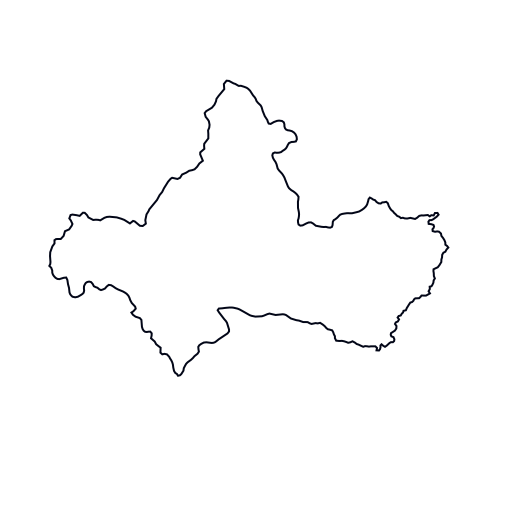 the district of São João do Paraíso, Minas Gerais, Brazil, rotated 317°
{"feature_id": "56859067B19392310685118", "entity_name": "São João do Paraíso", "entity_type": "district", "adm_level": 2, "iso_a3": "BRA", "parent_name": "Brazil", "parent_adm1": "Minas Gerais", "projection": "albers", "projection_center": [-41.967, -15.359], "detail": "fine", "context": "isolated", "style": "outline", "palette": "ink", "viewbox_px": 512, "rotation_deg": 317, "n_neighbors": 0, "source": "geoboundaries", "source_scale": "gbopen_adm2", "svg_char_len": 6147}
<svg xmlns="http://www.w3.org/2000/svg" viewBox="0 0 512 512"><g transform="rotate(317 256 256)"><path d="M98.1,122.3L98.2,125.0L97.1,127.6L95.6,129.3L94.8,131.1L94.5,133.0L94.5,135.2L95.1,137.3L96.4,138.8L100.5,140.8L102.5,142.3L101.7,144.9L99.3,148.4L97.5,151.8L94.8,155.4L94.1,157.0L93.9,158.6L94.0,160.6L95.6,162.9L97.9,164.3L101.3,165.1L103.2,165.4L104.9,165.3L106.7,164.1L108.0,162.4L109.6,160.8L111.5,160.0L113.2,159.6L114.8,159.9L116.5,160.9L117.6,162.6L117.5,165.1L116.8,167.5L117.5,169.4L118.4,171.1L118.7,173.6L119.4,175.2L121.0,176.0L123.3,176.8L126.0,176.5L128.6,176.7L130.1,178.5L130.8,180.9L131.4,183.8L132.3,186.4L134.5,191.2L135.1,193.1L135.6,195.3L135.6,197.9L135.0,200.1L133.9,202.6L133.1,205.6L133.1,210.6L132.1,212.5L128.6,212.8L126.3,212.4L125.9,215.0L126.5,218.2L128.7,222.2L128.6,224.6L124.3,230.0L123.3,232.0L122.9,234.1L123.2,235.8L124.3,237.1L125.7,238.0L127.1,239.2L127.0,241.4L125.4,243.0L123.1,244.6L123.6,249.5L122.8,252.4L123.2,255.3L123.7,258.0L120.2,261.5L120.4,264.0L122.3,265.1L123.8,267.2L123.8,270.5L123.3,272.2L122.9,274.5L122.2,276.7L121.2,278.7L119.4,281.2L117.7,284.1L117.2,286.5L117.7,288.3L117.3,290.4L119.1,291.4L120.8,291.4L124.7,290.4L126.7,288.8L129.2,287.9L131.4,287.2L133.5,287.1L137.6,287.6L140.3,287.6L142.6,287.3L146.6,287.6L149.0,287.0L150.3,285.0L151.8,283.1L153.6,282.6L156.0,282.9L158.8,283.7L160.9,285.3L164.3,289.4L165.8,290.5L167.3,291.1L168.9,291.3L171.9,291.5L182.3,293.2L184.8,292.8L186.2,291.3L189.2,285.1L189.6,283.2L189.7,280.3L190.5,272.1L191.0,269.5L193.0,269.1L195.6,271.2L198.0,272.9L201.6,275.7L203.2,277.2L204.3,278.5L206.6,281.9L207.5,283.8L208.9,288.1L211.1,295.1L212.0,296.8L214.2,299.9L219.2,304.1L221.1,305.0L224.7,306.3L226.6,307.3L230.1,312.5L235.9,316.9L237.0,318.3L237.7,319.7L238.9,325.5L241.7,330.4L243.4,332.6L245.4,336.4L248.7,339.6L249.4,341.9L250.3,343.6L253.8,345.7L255.2,347.4L257.3,348.6L258.1,351.8L258.4,354.2L258.3,356.7L258.6,358.6L259.6,360.0L261.0,362.3L260.5,364.4L259.5,366.5L259.0,368.5L257.7,369.9L256.9,372.6L258.9,374.9L261.0,376.7L262.3,378.5L263.5,380.7L264.2,382.3L266.0,383.4L268.4,384.2L269.3,386.9L269.6,389.0L270.6,390.8L271.5,393.1L272.5,395.5L274.3,396.3L275.6,397.7L276.8,399.3L278.4,400.4L281.7,403.5L281.8,405.8L279.8,407.2L281.5,409.0L283.2,408.7L284.9,407.6L286.0,406.3L287.6,406.2L287.8,408.3L288.4,410.4L290.5,410.7L294.4,410.7L296.0,411.1L297.3,412.4L299.0,412.4L300.4,411.3L301.2,409.1L300.2,407.1L300.8,405.5L302.1,404.5L306.7,405.3L309.2,404.7L311.0,403.0L311.3,400.5L312.9,399.9L315.1,400.6L317.4,399.9L317.6,397.6L319.4,397.2L321.3,398.2L323.3,397.6L325.0,397.6L326.5,396.7L328.6,397.9L330.8,396.9L334.9,395.8L337.1,395.3L338.7,396.1L340.5,396.1L342.0,395.5L343.6,395.6L346.5,398.1L348.3,398.1L350.1,397.8L353.3,400.9L357.7,402.0L358.2,399.5L360.6,398.7L362.1,396.9L363.7,397.8L365.3,397.4L367.5,396.5L369.3,395.0L371.5,394.4L372.4,392.0L374.3,389.8L375.5,388.0L376.8,386.8L378.8,387.4L381.2,388.2L383.8,387.8L387.4,386.8L389.2,385.0L391.1,383.9L393.0,382.1L395.3,381.4L397.4,382.0L399.7,381.2L402.4,381.0L402.6,378.9L402.2,376.9L403.7,375.2L404.6,372.9L405.1,370.4L405.3,367.8L406.6,365.7L406.4,363.0L405.3,361.6L403.5,360.4L402.2,358.3L403.3,356.8L405.0,356.6L406.4,355.8L407.0,354.3L405.9,352.3L404.2,350.3L405.5,348.5L407.3,348.1L408.9,349.5L410.7,350.0L414.9,350.5L417.7,350.3L418.1,348.3L416.2,346.6L413.6,347.5L412.0,345.7L410.1,345.5L409.6,343.2L406.0,340.5L404.8,339.2L402.8,338.0L399.9,337.9L397.6,337.4L394.9,333.4L392.1,331.7L390.4,329.9L389.5,328.2L387.8,327.1L387.6,325.1L386.6,323.0L386.6,320.7L386.4,318.6L386.6,316.6L386.3,314.9L386.5,312.8L387.2,310.0L388.4,307.3L388.2,305.2L386.2,304.0L384.9,302.9L383.0,302.7L381.6,301.1L381.0,298.8L381.1,296.3L380.2,294.7L379.8,292.8L379.1,290.9L377.1,291.2L375.5,292.3L372.4,294.1L370.2,294.7L367.5,294.8L364.9,294.5L361.8,293.8L359.7,292.7L355.3,290.2L351.8,286.8L349.7,285.3L347.7,284.0L345.8,283.2L344.1,283.2L341.7,283.4L339.0,283.2L337.3,282.8L335.5,283.4L333.1,285.6L331.4,286.5L329.6,285.9L328.2,284.3L327.0,282.4L325.3,281.0L323.8,279.3L320.4,274.7L319.9,271.2L319.2,269.0L317.4,267.4L315.0,266.5L311.0,265.4L309.1,264.0L308.6,262.0L309.6,260.2L311.0,258.5L312.7,257.6L314.4,256.3L316.0,254.8L317.3,253.1L319.5,249.5L323.7,244.9L325.7,243.4L327.5,241.7L327.9,239.0L327.8,236.7L327.4,234.3L326.7,231.9L326.4,229.0L326.8,226.9L329.2,220.7L330.3,218.0L330.9,215.5L331.2,213.5L331.2,209.1L331.5,206.8L333.6,202.9L334.4,200.5L334.8,197.8L335.4,195.6L336.6,193.5L338.3,192.5L340.3,193.1L341.6,194.7L343.3,196.1L345.2,197.1L347.4,197.3L349.5,197.7L351.4,197.7L353.2,197.2L354.9,196.5L357.1,195.9L359.7,196.8L361.5,198.3L363.3,199.4L365.5,198.5L367.0,196.5L367.9,194.0L368.0,191.7L367.4,189.2L366.2,187.2L364.9,185.6L364.2,183.9L364.4,182.2L365.2,180.6L366.6,179.0L367.5,177.2L367.1,175.0L365.2,172.7L363.5,171.5L360.4,170.2L356.8,169.4L355.6,167.8L356.2,165.9L357.0,164.3L357.8,159.7L359.8,154.5L361.6,151.0L362.1,149.1L361.9,145.0L362.1,142.9L362.9,141.0L363.3,139.2L363.4,136.5L364.4,131.0L364.3,128.5L363.9,126.6L362.7,124.1L361.1,121.3L359.3,119.7L358.2,116.0L357.3,114.4L355.7,109.6L354.0,107.7L349.8,108.3L346.6,112.3L337.9,113.4L334.3,114.1L332.2,115.6L328.8,117.0L324.9,117.5L318.3,116.1L315.9,116.5L314.1,119.9L313.8,123.6L313.4,125.4L311.5,128.4L309.4,130.2L306.6,131.5L304.4,134.2L301.3,137.5L294.7,138.6L293.2,140.0L291.3,142.4L285.9,142.2L284.5,143.6L282.1,150.1L277.7,149.7L273.8,150.6L270.2,150.7L267.9,149.7L265.3,148.1L261.9,147.5L257.5,146.0L253.8,147.0L251.1,146.1L248.0,141.6L246.2,141.3L242.4,141.7L234.9,143.7L231.0,145.2L227.1,145.7L221.8,147.5L209.8,149.1L208.0,149.9L204.3,150.9L199.5,154.3L197.5,157.2L193.6,156.8L191.7,154.7L190.9,148.0L190.0,146.5L186.0,146.2L184.3,139.8L182.9,136.9L180.5,132.8L175.7,127.4L173.5,125.7L171.2,124.7L166.4,123.7L165.4,122.1L163.6,120.2L161.5,118.6L159.7,113.5L160.3,110.8L160.2,107.6L158.9,106.3L154.4,106.4L152.7,103.9L150.0,100.5L148.3,99.6L145.1,101.2L144.8,103.7L143.6,107.4L141.8,108.2L137.5,109.1L133.2,107.6L129.0,110.1L124.8,110.4L121.4,107.3L119.4,107.0L117.2,109.4L113.6,110.1L108.1,112.9L105.3,115.6L101.6,120.2L100.0,121.6L98.1,122.3Z" fill="none" stroke="#020617" stroke-width="2"/></g></svg>